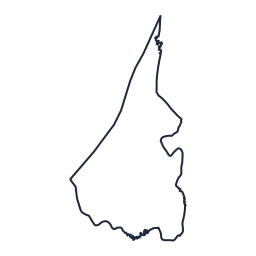 Phonhong, Vientiane, Laos
{"feature_id": "54806243B58411592743301", "entity_name": "Phonhong", "entity_type": "district", "adm_level": 2, "iso_a3": "LAO", "parent_name": "Laos", "parent_adm1": "Vientiane", "projection": "equal_earth", "projection_center": [102.429, 18.485], "detail": "fine", "context": "isolated", "style": "outline", "palette": "slate", "viewbox_px": 256, "rotation_deg": 0, "n_neighbors": 0, "source": "geoboundaries", "source_scale": "gbopen_adm2", "svg_char_len": 5673}
<svg xmlns="http://www.w3.org/2000/svg" viewBox="0 0 256 256"><path d="M70.4,179.0L71.1,180.8L72.8,183.0L74.8,185.6L75.6,186.7L76.1,190.6L76.6,195.5L77.3,199.5L77.9,201.5L78.8,204.1L80.2,208.9L81.6,211.8L82.3,212.5L85.6,214.5L89.0,215.8L91.5,220.2L93.8,223.6L95.0,225.2L96.6,225.4L98.3,224.9L100.1,223.6L101.9,222.1L104.3,221.3L106.2,221.2L108.6,222.4L110.6,224.6L111.6,227.0L112.6,228.4L113.9,229.0L115.3,228.9L116.5,227.9L117.9,227.6L120.3,227.5L120.9,227.7L122.1,228.6L122.2,229.2L122.3,229.6L122.7,230.3L123.2,230.9L124.2,231.8L124.8,232.7L125.3,232.8L125.6,232.9L126.0,232.9L126.3,232.9L126.5,233.2L126.7,233.7L126.8,234.2L127.0,234.4L127.3,234.7L127.4,235.0L127.5,235.2L127.6,235.3L127.7,235.1L127.8,234.9L128.0,234.9L128.0,234.6L128.1,234.3L128.3,234.2L128.7,234.5L129.0,234.9L129.3,234.9L129.9,234.7L130.6,234.6L130.8,234.6L130.9,234.9L130.7,235.4L130.5,235.8L130.3,236.0L130.1,236.4L130.1,236.7L130.3,237.1L130.7,236.9L131.0,236.9L131.2,237.2L131.4,237.4L131.9,237.6L132.0,238.0L132.4,238.1L132.5,237.8L132.5,237.4L132.6,236.6L132.9,236.0L133.4,236.5L133.6,237.2L133.6,238.1L133.2,239.1L133.3,239.2L133.4,239.8L133.9,239.7L134.2,239.4L134.2,238.4L134.3,238.1L134.3,237.4L134.7,237.3L135.3,238.2L135.6,238.0L135.9,237.8L136.5,237.0L136.7,236.9L136.9,237.1L136.9,237.4L136.7,238.4L137.0,238.4L137.5,238.3L137.8,238.3L138.3,238.2L138.5,238.0L138.5,237.6L138.5,237.3L138.4,237.2L138.2,237.1L138.2,236.8L138.4,236.7L138.7,236.8L138.8,236.7L139.2,236.6L139.9,236.9L140.2,236.9L140.4,236.7L140.4,236.0L140.6,235.6L140.6,235.3L140.5,235.1L140.7,234.8L140.4,233.9L140.4,233.3L140.6,232.9L140.9,232.8L141.1,233.1L141.1,233.8L141.6,234.7L141.9,234.9L142.2,235.0L142.5,234.8L142.9,234.5L143.4,233.9L143.6,233.7L143.8,233.8L143.8,234.1L143.8,234.4L143.8,234.8L144.0,235.2L144.3,235.1L144.7,235.0L144.9,234.7L144.7,233.7L144.4,233.0L144.2,232.7L143.9,232.2L143.9,231.8L144.1,231.3L144.3,230.7L144.7,230.0L144.9,229.9L145.1,229.9L145.3,230.5L145.1,231.6L145.3,231.9L145.7,231.9L146.5,231.6L146.6,230.8L146.9,230.5L147.0,230.4L147.3,230.5L147.4,231.1L147.6,231.7L147.4,232.1L147.0,232.3L146.6,232.3L146.2,232.5L146.2,232.9L146.6,233.3L147.1,233.2L147.5,233.1L148.0,232.4L148.4,232.0L149.1,230.7L149.7,230.2L150.4,229.8L151.2,229.1L152.0,229.1L153.4,228.2L155.0,228.0L157.2,228.1L157.8,227.7L158.6,227.9L159.2,229.4L160.3,231.8L160.9,233.7L161.1,235.3L161.3,237.8L162.0,239.1L163.0,239.8L165.0,240.2L166.1,240.2L168.9,240.2L171.0,240.2L172.9,240.6L174.4,239.9L176.1,238.0L177.2,236.3L178.1,235.5L178.7,235.3L179.8,235.8L180.3,234.9L181.3,234.0L182.5,232.3L182.9,231.3L183.0,229.4L182.7,226.3L182.4,224.0L182.7,221.5L183.7,217.5L184.4,213.7L184.9,209.9L185.0,207.1L185.0,206.2L185.6,205.4L185.2,204.9L185.0,204.7L185.0,204.4L184.9,204.3L184.7,204.3L184.6,204.1L184.8,203.4L184.8,203.2L184.3,203.1L184.3,202.4L184.2,202.0L184.6,201.4L184.1,201.1L184.1,200.8L184.1,200.6L184.3,200.4L184.4,200.1L184.5,199.8L184.6,199.3L184.6,199.0L184.8,198.6L184.7,198.4L184.4,198.3L184.3,198.6L184.2,198.9L184.0,198.6L184.1,198.3L184.1,198.1L183.9,197.8L183.9,197.7L184.1,197.5L184.2,197.4L184.3,197.3L184.3,197.1L184.3,196.8L184.1,196.1L183.9,195.9L183.7,195.5L183.5,195.1L183.4,194.3L183.0,193.3L182.5,192.2L182.2,191.8L181.9,191.7L181.6,191.5L181.2,191.4L181.2,191.2L180.5,190.9L180.3,190.6L180.0,190.4L179.8,190.5L179.8,190.0L179.9,189.7L180.0,189.6L180.1,189.4L179.8,189.4L179.6,189.3L179.6,188.8L179.1,188.8L178.9,188.5L178.6,188.3L178.5,188.2L178.4,188.0L178.4,187.7L178.2,187.5L177.5,187.1L177.4,186.9L176.9,186.6L176.7,186.4L176.4,186.0L176.3,185.9L176.1,185.7L176.0,185.3L176.0,184.5L176.3,183.2L177.3,180.4L178.6,177.8L180.4,175.6L181.0,174.5L181.3,173.8L181.3,172.4L181.3,167.9L181.4,166.5L181.5,165.6L181.5,165.4L181.8,165.0L181.9,164.5L182.2,163.0L182.5,157.0L182.6,154.5L182.5,152.8L182.2,151.8L181.4,150.0L180.6,149.1L179.3,148.4L178.1,148.4L176.4,149.7L174.5,151.5L170.9,155.8L169.6,155.7L168.4,154.4L165.6,150.0L163.7,147.4L162.5,145.2L160.7,140.8L161.1,139.2L161.8,138.1L162.8,137.1L165.7,136.2L167.4,135.9L169.1,135.7L171.5,135.9L172.7,135.0L174.0,133.8L177.3,131.8L178.3,129.6L178.2,128.5L178.8,126.9L179.3,126.5L179.6,126.1L180.1,125.1L180.3,124.2L180.7,123.3L181.4,122.0L181.0,120.7L181.5,119.1L177.7,115.8L174.8,112.7L170.8,108.5L168.2,104.9L165.6,101.9L161.8,98.0L158.6,95.6L156.5,92.0L156.6,89.4L156.7,86.1L156.6,84.8L156.6,80.8L156.8,79.1L157.1,74.9L157.9,69.2L158.2,66.9L158.5,65.2L159.6,58.9L159.9,58.1L160.1,56.9L160.3,55.8L160.5,54.9L160.6,54.3L160.7,53.7L160.1,53.6L159.8,53.4L159.7,53.3L159.7,53.1L159.9,52.9L160.4,52.6L160.8,52.3L161.1,51.9L161.2,51.3L161.1,50.6L160.9,50.2L160.6,49.9L160.3,49.7L159.2,49.8L158.9,49.8L158.8,49.7L158.9,49.2L159.1,49.0L159.3,48.7L159.5,48.2L159.4,48.0L159.4,47.7L159.0,47.3L158.8,47.1L158.8,46.7L159.0,46.2L160.3,46.6L160.6,46.6L160.9,46.3L160.8,45.3L160.8,44.9L160.9,44.5L161.1,44.2L161.4,44.0L162.0,43.9L162.1,43.6L162.1,43.4L161.5,42.5L161.3,42.4L161.2,42.3L160.9,42.4L160.8,42.5L160.7,42.7L160.5,43.1L160.4,43.2L160.2,43.3L159.6,42.9L159.4,42.9L159.2,43.0L158.9,43.2L157.8,44.1L157.3,44.3L157.0,44.4L156.9,44.3L156.7,44.2L156.7,43.7L156.8,43.3L156.9,42.9L157.1,42.5L157.3,42.2L157.5,42.0L157.9,41.7L158.4,41.4L158.6,41.3L158.7,41.1L158.7,40.9L158.3,40.8L157.9,40.8L157.6,40.9L157.3,40.9L156.9,40.9L156.5,40.9L156.2,40.8L156.0,40.5L155.8,40.0L155.8,39.4L155.3,38.1L155.3,37.6L155.6,37.3L155.9,37.3L156.2,37.4L156.7,37.8L156.9,37.8L157.1,37.8L157.2,37.7L157.2,37.4L157.1,37.1L157.2,36.7L157.3,36.5L157.4,36.3L157.9,36.3L158.6,36.2L159.7,29.7L159.8,27.3L159.9,25.6L160.0,21.9L160.3,17.6L160.7,15.4L143.3,53.7L135.5,67.7L130.2,80.9L121.0,110.6L114.0,124.7L94.0,151.6L70.4,179.0Z" fill="none" stroke="#1e293b" stroke-width="2"/></svg>